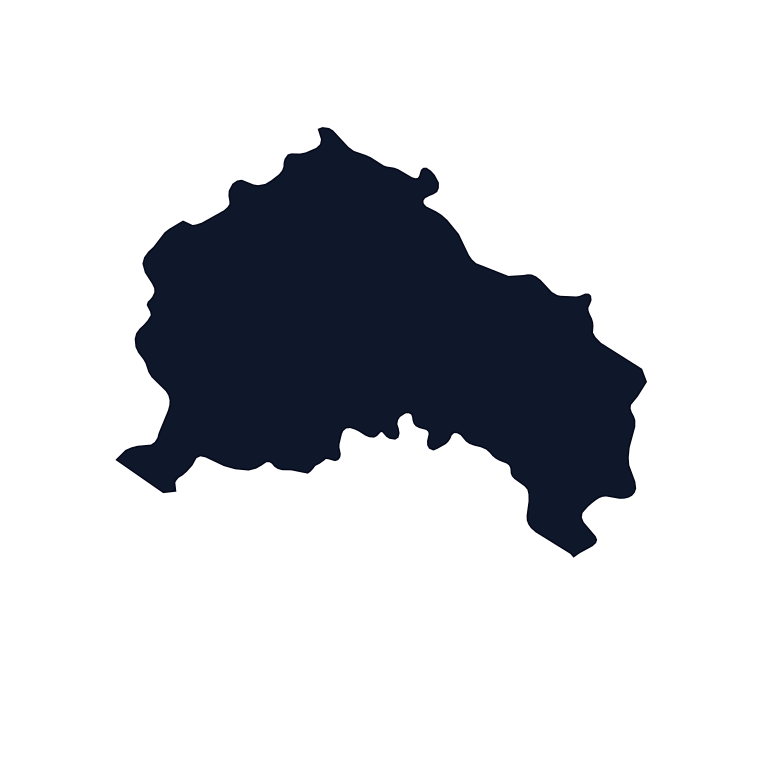 SVG path tracing the border of Cluj, rotated 211°
{"feature_id": "ROU-296", "entity_name": "Cluj", "entity_type": "County", "adm_level": 1, "iso_a3": "ROU", "parent_name": "Romania", "parent_adm1": "", "projection": "equal_earth", "projection_center": [23.487, 46.867], "detail": "fine", "context": "isolated", "style": "filled", "palette": "ink", "viewbox_px": 768, "rotation_deg": 211, "n_neighbors": 0, "source": "natural_earth", "source_scale": "10m", "svg_char_len": 3459}
<svg xmlns="http://www.w3.org/2000/svg" viewBox="0 0 768 768"><g transform="rotate(211 384 384)"><path d="M574.2,181.3L571.0,193.9L567.4,199.0L563.0,203.5L551.9,211.6L549.9,216.1L549.8,221.3L551.2,226.0L554.9,250.4L556.5,255.8L558.9,260.2L562.6,263.8L567.0,266.1L586.5,270.8L591.7,273.5L598.8,279.6L602.6,281.7L610.5,284.9L615.5,288.2L620.2,294.5L621.8,299.9L621.3,305.5L619.7,311.0L618.7,316.6L618.6,323.2L621.3,326.1L627.4,329.9L628.1,332.7L627.3,335.9L626.8,339.3L627.3,344.5L629.7,348.2L633.9,351.0L645.9,356.9L652.4,363.1L654.1,369.1L653.5,376.1L651.6,382.5L649.5,400.7L647.4,406.1L640.0,419.9L629.5,421.0L626.4,423.7L622.7,428.0L610.0,450.1L608.5,455.0L608.4,458.9L610.5,462.0L613.6,465.5L615.9,469.9L616.3,477.5L614.1,482.3L610.8,485.1L598.4,487.1L593.9,488.9L588.2,493.9L584.9,500.2L581.3,509.5L580.6,514.6L581.4,518.7L583.3,522.2L584.4,525.9L584.0,530.9L581.7,533.4L574.3,537.6L569.8,541.7L563.0,551.2L561.5,556.6L563.3,561.6L571.2,568.6L568.6,571.9L562.8,574.4L558.3,574.4L536.9,568.2L529.9,567.5L517.3,570.2L512.1,570.8L496.6,570.4L493.2,571.2L486.6,573.9L482.5,574.7L466.3,574.9L462.5,575.9L460.4,577.8L460.3,580.7L461.1,583.6L461.8,586.6L461.1,589.0L458.9,590.5L453.9,590.3L448.3,588.6L441.2,584.3L438.6,579.9L438.1,576.1L439.9,572.5L442.7,568.8L445.3,564.4L445.3,560.9L443.2,558.4L439.3,557.2L428.1,558.1L421.7,557.9L414.3,556.5L397.3,550.4L378.1,537.7L373.1,535.4L367.3,534.2L332.7,540.0L320.2,548.6L316.8,551.5L313.6,553.2L309.1,553.8L303.3,553.1L287.6,548.6L281.2,548.7L277.9,549.8L263.7,557.5L261.1,559.8L257.5,564.7L254.8,566.1L252.4,565.6L250.0,562.5L249.4,559.6L248.8,554.3L247.2,551.9L244.3,549.5L240.0,546.7L237.0,544.0L235.0,541.2L231.9,535.1L227.1,532.4L219.3,530.3L170.8,529.2L160.4,520.9L160.7,504.3L162.3,493.2L160.7,489.6L157.5,486.8L153.6,484.5L150.5,481.9L147.3,476.5L141.4,455.8L137.0,446.6L132.5,440.2L118.8,429.2L114.7,424.0L113.9,420.0L114.5,416.3L116.4,413.1L119.4,410.1L123.3,407.6L136.0,402.7L139.0,400.5L141.4,397.5L143.2,393.9L145.1,389.0L146.7,383.9L148.2,375.7L146.4,371.1L142.1,367.8L124.6,361.9L121.7,359.8L121.1,356.9L122.3,352.8L129.9,339.8L132.5,333.7L136.6,335.1L177.5,335.7L183.6,336.8L187.4,338.5L190.8,341.1L193.4,345.1L199.1,358.4L202.7,364.2L206.2,367.9L210.6,369.4L223.3,370.5L226.6,371.5L229.0,373.4L230.6,375.9L232.4,378.0L235.1,379.5L238.3,379.7L245.8,378.4L250.0,378.3L253.9,378.9L257.6,380.2L262.7,381.2L268.6,380.4L275.3,378.3L280.2,377.4L284.1,377.7L291.9,380.4L296.2,380.2L299.3,378.5L300.3,374.8L299.7,371.2L299.9,367.6L300.8,364.5L305.5,356.3L307.8,353.1L312.0,352.6L314.9,354.3L317.1,357.7L319.3,364.5L321.1,366.5L324.1,367.2L331.4,365.1L335.0,364.9L337.8,365.9L340.2,368.0L342.3,370.6L344.7,372.6L348.0,372.4L351.0,370.4L354.0,364.2L354.1,360.2L352.6,356.1L349.0,353.0L346.0,349.5L344.8,345.6L346.3,342.6L351.3,340.6L354.8,340.7L360.6,342.6L362.6,341.8L363.8,336.2L365.4,333.5L369.4,331.5L373.5,330.9L381.2,331.1L385.7,330.7L390.7,329.5L394.2,326.8L395.5,322.6L395.0,319.1L391.9,309.4L390.3,306.4L385.6,301.3L384.5,298.4L384.8,295.5L386.7,293.3L393.7,291.4L395.9,290.2L396.6,287.8L398.8,282.8L401.4,278.7L401.8,274.8L402.5,271.3L403.7,268.5L419.4,262.9L427.1,258.4L431.6,257.2L435.4,257.4L439.0,258.7L442.2,258.7L445.1,256.9L447.6,251.4L450.6,246.1L455.9,240.7L467.8,235.0L479.1,231.9L499.4,229.9L504.6,228.1L507.3,224.1L507.0,215.6L508.6,207.3L510.3,202.1L512.4,198.2L513.0,194.7L512.9,191.8L507.6,184.9L517.3,177.5L574.2,181.3Z" fill="#0f172a" stroke="#020617" stroke-width="1.5"/></g></svg>